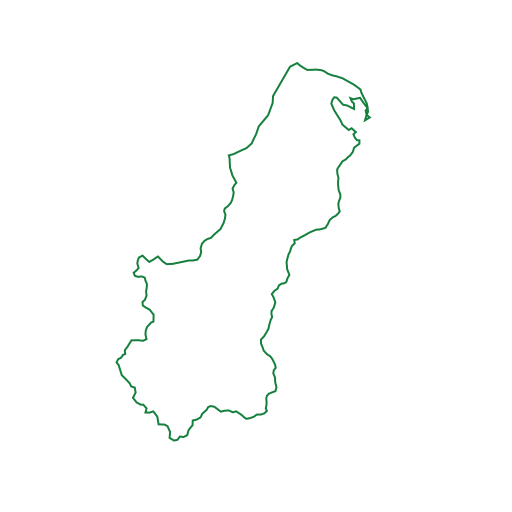 Eldorado do Sul, Rio Grande do Sul, Brazil, rotated 323°
{"feature_id": "56859067B84747380986217", "entity_name": "Eldorado do Sul", "entity_type": "district", "adm_level": 2, "iso_a3": "BRA", "parent_name": "Brazil", "parent_adm1": "Rio Grande do Sul", "projection": "robinson", "projection_center": [-51.49, -30.081], "detail": "fine", "context": "isolated", "style": "outline", "palette": "green", "viewbox_px": 512, "rotation_deg": 323, "n_neighbors": 0, "source": "geoboundaries", "source_scale": "gbopen_adm2", "svg_char_len": 3636}
<svg xmlns="http://www.w3.org/2000/svg" viewBox="0 0 512 512"><g transform="rotate(323 256 256)"><path d="M89.2,357.0L93.3,357.7L95.5,355.9L97.5,354.4L100.7,353.6L103.4,353.0L106.5,349.3L110.4,351.0L114.6,351.5L118.2,349.6L121.6,349.4L124.2,349.1L126.8,347.9L129.4,348.5L132.0,351.3L134.2,359.1L137.9,360.7L141.2,362.9L143.5,366.9L146.6,368.1L147.6,370.7L149.0,374.8L149.4,377.5L150.3,380.2L153.7,381.9L157.5,383.1L161.1,383.1L164.6,385.6L168.0,386.7L171.4,386.3L172.1,383.6L174.6,381.4L176.5,379.1L178.3,376.2L180.4,374.3L183.3,373.7L186.8,374.6L190.2,375.6L193.3,373.2L195.3,368.5L198.0,364.6L199.2,360.1L201.5,357.9L204.4,357.2L205.7,354.7L206.4,351.6L207.0,348.2L207.0,344.6L205.6,340.7L205.2,336.2L206.2,333.2L207.3,329.0L209.7,325.7L214.1,325.0L217.1,323.8L219.4,322.9L222.2,321.6L224.2,319.8L226.6,317.9L229.4,315.8L232.1,314.5L233.3,311.8L235.2,309.4L239.2,307.9L243.5,304.7L245.1,299.7L245.7,295.9L249.8,294.9L253.6,295.1L256.5,293.3L259.5,293.4L262.2,294.8L264.6,295.0L268.0,292.6L271.3,291.2L272.2,287.9L273.0,285.2L274.9,282.2L276.7,279.3L279.8,276.7L283.1,274.2L286.1,272.8L288.3,271.1L290.7,269.6L294.5,269.2L296.2,266.2L299.2,267.8L301.8,267.8L307.7,268.8L313.2,269.5L317.3,270.5L320.1,271.3L322.6,273.0L325.4,274.2L328.4,275.3L332.7,273.7L336.5,271.6L340.5,271.3L343.6,271.9L346.6,271.6L349.7,270.8L350.9,267.6L353.0,264.0L355.4,262.0L358.4,260.3L360.4,257.5L361.7,253.0L364.5,248.4L366.3,246.0L368.9,243.2L370.7,238.9L372.7,235.9L375.0,234.8L377.9,233.9L382.0,232.4L386.0,232.9L388.6,232.4L391.5,232.4L396.1,231.1L399.4,228.6L403.1,228.5L406.1,228.6L408.2,225.9L406.3,224.2L406.2,220.9L407.1,217.4L410.3,217.1L409.2,211.5L405.9,211.2L404.1,203.1L405.1,198.5L406.1,186.9L407.8,179.7L411.2,177.2L414.0,176.3L415.8,178.1L416.6,187.7L419.3,190.5L422.8,197.6L426.0,193.1L425.5,190.4L426.4,186.8L428.0,189.4L434.2,192.2L434.0,198.6L434.1,205.2L436.3,200.7L437.2,195.6L437.9,191.8L438.5,188.8L439.6,186.0L438.1,180.5L436.8,176.8L434.3,171.3L432.1,166.2L428.4,160.9L425.6,157.6L423.1,153.6L421.6,149.4L420.1,147.0L416.3,143.4L412.9,141.1L409.0,138.3L407.3,134.5L405.6,129.8L405.0,126.7L397.1,125.3L365.9,138.5L361.4,143.8L350.3,150.9L336.3,154.1L329.0,159.0L323.7,161.6L320.4,163.5L313.6,164.1L308.5,163.0L302.9,161.8L299.2,161.1L294.9,159.3L293.6,162.2L288.4,169.8L287.0,173.8L285.6,177.5L285.0,181.7L284.4,185.7L281.5,186.3L277.9,188.0L276.4,191.9L273.3,194.8L270.4,197.0L267.8,198.4L263.5,199.3L259.6,199.3L257.5,201.0L256.4,204.7L253.6,207.5L249.9,210.2L243.8,213.1L235.1,213.7L231.1,214.4L227.3,213.2L223.9,212.9L220.2,213.7L216.4,216.5L214.5,220.0L211.2,222.4L206.9,223.6L203.1,221.7L199.3,219.0L195.0,217.0L189.3,214.3L185.0,212.3L179.8,208.8L178.3,204.6L177.4,197.4L174.9,197.2L171.8,197.1L167.2,196.5L166.3,192.2L165.6,187.4L161.7,186.8L159.1,188.3L156.8,190.4L154.9,195.1L151.5,195.6L148.2,195.8L147.3,198.9L149.3,201.7L152.6,203.7L154.1,206.4L152.9,209.2L152.0,212.8L149.5,215.7L146.9,218.1L144.8,221.7L141.0,224.1L137.6,224.5L135.8,227.4L137.0,231.0L138.8,234.8L138.9,241.3L134.6,246.7L132.2,246.0L126.1,247.2L122.8,249.5L120.4,252.3L118.5,256.5L114.7,255.7L111.6,252.7L105.8,248.4L101.6,250.0L98.6,251.2L94.5,252.3L92.6,255.5L90.2,254.9L87.4,256.0L83.7,255.5L80.5,257.2L80.7,260.3L77.1,270.4L78.1,277.5L78.5,281.9L77.8,285.0L80.0,288.1L77.7,292.6L72.4,295.2L72.5,301.1L74.5,305.4L76.5,306.9L76.9,311.8L73.5,314.5L76.9,317.1L80.5,318.3L80.5,324.9L76.9,331.8L81.6,335.7L82.9,338.8L81.5,344.8L77.5,349.3L79.5,354.1L82.7,355.5L86.6,354.4L89.2,357.0ZM429.3,209.8L424.7,213.2L430.2,213.8L429.3,209.8ZM429.3,209.8L432.2,208.3L434.1,205.2L431.1,205.8L429.3,209.8Z" fill="none" stroke="#15803d" stroke-width="2"/></g></svg>